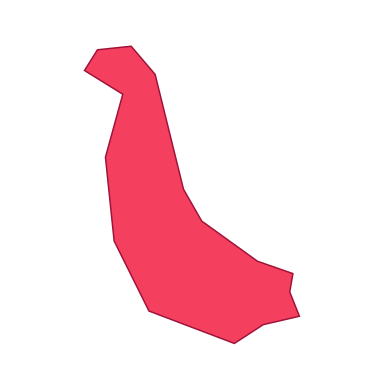 an SVG outline of Eastern, rotated 260°
{"feature_id": "ASM-4998", "entity_name": "Eastern", "entity_type": "state/province", "adm_level": 1, "iso_a3": "ASM", "parent_name": "American Samoa", "parent_adm1": "", "projection": "equal_earth", "projection_center": [-170.654, -14.284], "detail": "fine", "context": "isolated", "style": "filled", "palette": "rose", "viewbox_px": 384, "rotation_deg": 260, "n_neighbors": 0, "source": "natural_earth", "source_scale": "10m", "svg_char_len": 368}
<svg xmlns="http://www.w3.org/2000/svg" viewBox="0 0 384 384"><g transform="rotate(260 192 192)"><path d="M35.5,207.4L82.2,129.0L157.3,106.8L241.3,112.8L300.3,140.8L330.3,107.2L348.5,123.6L346.1,157.4L314.2,176.1L196.2,184.1L161.7,196.5L112.4,244.5L94.1,277.2L76.6,270.9L51.0,276.2L49.0,239.1L35.5,207.4Z" fill="#f43f5e" stroke="#9f1239" stroke-width="1.5"/></g></svg>